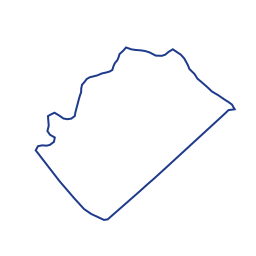 the district of Nova Belém, Minas Gerais, Brazil, rotated 131°
{"feature_id": "56859067B88736774373870", "entity_name": "Nova Belém", "entity_type": "district", "adm_level": 2, "iso_a3": "BRA", "parent_name": "Brazil", "parent_adm1": "Minas Gerais", "projection": "equal_earth", "projection_center": [-41.116, -18.489], "detail": "fine", "context": "isolated", "style": "outline", "palette": "blue", "viewbox_px": 256, "rotation_deg": 131, "n_neighbors": 0, "source": "geoboundaries", "source_scale": "gbopen_adm2", "svg_char_len": 1095}
<svg xmlns="http://www.w3.org/2000/svg" viewBox="0 0 256 256"><g transform="rotate(131 128 128)"><path d="M42.1,65.0L42.5,69.2L43.3,74.6L44.1,81.6L45.4,88.6L45.1,95.0L45.1,102.5L45.2,108.0L43.6,113.3L43.2,120.3L41.5,123.6L40.0,127.3L38.6,131.3L38.0,136.4L38.7,141.5L39.2,145.8L43.9,147.3L48.2,148.0L51.3,149.8L55.2,154.6L56.8,161.4L58.8,165.8L61.3,169.7L64.0,173.3L66.4,177.0L68.5,182.3L72.8,182.3L77.7,182.9L81.1,181.4L84.0,180.5L87.6,180.5L90.9,179.5L94.5,177.9L97.6,179.0L100.6,181.0L104.1,183.6L108.3,185.6L111.2,187.6L114.9,190.2L118.2,191.3L122.2,191.0L125.4,191.1L128.9,189.2L131.8,186.8L135.0,185.6L139.3,183.6L143.7,181.4L147.0,179.8L150.8,177.9L154.0,176.0L158.2,177.0L161.2,179.6L163.2,183.0L163.7,188.0L164.7,193.5L168.6,195.2L171.5,196.2L174.6,193.1L178.3,189.3L183.2,186.8L184.3,182.3L183.2,177.0L187.1,174.8L192.0,175.9L194.6,177.7L197.4,181.4L200.8,184.0L205.4,183.0L213.1,144.5L216.4,121.8L218.0,108.0L217.0,99.2L213.1,85.8L210.3,83.4L167.8,77.6L158.6,76.5L150.9,75.4L141.8,74.3L53.4,64.3L48.6,63.9L43.9,59.8L42.1,65.0Z" fill="none" stroke="#1e3a8a" stroke-width="2"/></g></svg>